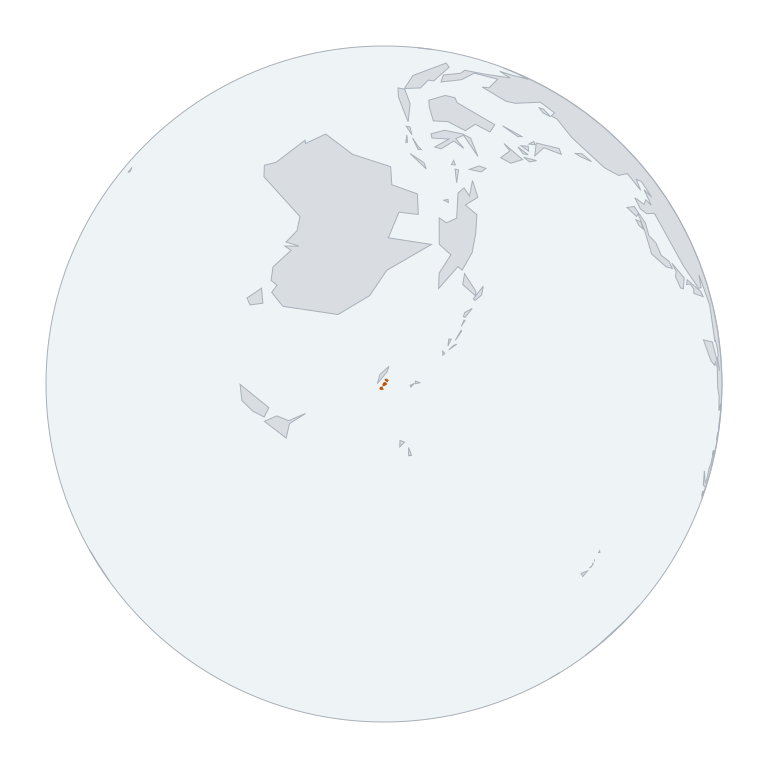 globe centered on Îles Loyauté, rotated 89°
{"feature_id": "NCL-1258", "entity_name": "Îles Loyauté", "entity_type": "Province", "adm_level": 1, "iso_a3": "NCL", "parent_name": "New Caledonia", "parent_adm1": "", "projection": "orthographic", "projection_center": [167.211, -21.021], "detail": "medium", "context": "on_globe", "style": "filled", "palette": "amber", "viewbox_px": 768, "rotation_deg": 89, "n_neighbors": 0, "source": "natural_earth", "source_scale": "10m", "svg_char_len": 6797}
<svg xmlns="http://www.w3.org/2000/svg" viewBox="0 0 768 768"><g transform="rotate(89 384 384)"><circle cx="384" cy="384" r="338" fill="#eef3f6" stroke="#a8b0b8"/><path d="M455.9,357.7L456.2,360.3L455.7,360.6L455.9,357.7ZM680.9,222.7L676.3,214.5L675.7,213.4L680.9,222.7ZM658.9,187.5L658.2,186.5L648.8,174.3L623.6,145.9L610.0,132.8L627.6,149.8L644.0,168.1L658.9,187.5ZM504.3,68.2L501.6,67.2L497.8,66.3L493.0,64.2L490.7,66.5L476.4,65.2L488.1,64.6L485.9,63.1L474.0,60.4L469.2,58.5L460.7,56.5L456.0,54.7L463.2,55.6L460.3,54.8L452.0,53.2L442.1,51.2L452.7,53.1L478.8,59.6L504.3,68.2ZM553.9,676.1L566.9,668.1L576.0,662.0L553.9,676.1ZM576.8,190.3L574.5,183.8L580.0,188.6L576.8,190.3ZM570.2,179.6L571.6,181.8L569.9,179.8L570.2,179.6ZM567.1,177.9L569.3,179.1L566.9,178.3L567.1,177.9ZM563.0,176.5L565.2,177.0L563.0,176.5ZM556.3,172.4L554.5,171.3L556.3,171.1L556.3,172.4ZM496.2,66.8L502.0,68.4L498.0,67.6L496.2,66.8ZM460.3,56.6L460.2,56.9L455.8,55.8L460.3,56.6ZM444.6,52.4L437.6,51.0L446.0,52.5L444.6,52.4ZM414.6,47.5L426.9,48.9L437.5,50.4L432.6,49.8L434.4,50.4L417.3,48.0L415.6,48.2L411.4,47.2L414.6,47.5ZM544.6,681.3L564.0,669.9L552.7,676.8L552.8,676.7L544.6,681.3ZM383.3,46.1L389.1,46.1L391.1,46.2L411.4,47.2L415.6,48.2L409.7,47.9L416.7,49.6L402.1,49.2L393.2,50.4L373.1,50.5L367.9,52.3L371.3,52.9L366.7,56.6L345.5,63.8L347.7,55.0L376.6,48.3L363.5,50.2L362.0,49.3L354.6,50.0L345.7,52.0L347.5,52.4L310.5,57.0L280.4,67.2L293.3,65.2L293.8,67.8L270.9,82.7L218.1,110.6L218.3,118.4L213.3,124.7L202.1,130.0L209.0,120.8L204.4,119.0L210.0,113.6L194.3,120.6L201.7,113.2L185.9,123.2L183.7,128.2L194.8,124.0L177.9,137.0L179.6,145.7L171.5,160.0L140.8,192.0L121.9,206.5L119.0,212.1L115.8,208.8L105.0,222.7L105.6,248.1L103.3,257.3L88.8,280.7L89.7,273.9L81.2,265.0L74.8,288.5L81.1,301.2L83.0,321.8L76.1,319.2L74.6,301.7L71.7,297.9L76.0,277.8L80.1,252.6L73.4,262.8L77.2,251.5L81.9,234.5L74.1,249.3L70.0,259.2L79.5,237.6L90.5,216.6L102.9,196.5L116.7,177.3L131.8,159.1L148.2,142.0L165.7,126.1L184.3,111.4L203.8,98.1L224.3,86.2L245.5,75.8L267.4,66.8L289.9,59.4L312.8,53.7L336.1,49.5L359.7,47.0L383.3,46.1ZM163.0,632.2L167.1,634.1L168.2,636.4L163.0,632.2ZM135.4,356.8L142.8,356.3L142.8,358.0L135.4,356.8ZM127.5,353.5L135.4,351.7L126.6,357.3L127.5,353.5ZM138.6,351.1L146.8,345.9L150.3,342.5L150.0,345.9L138.6,351.1ZM122.3,355.3L97.2,364.6L88.2,364.8L89.6,358.2L104.2,353.0L122.3,355.3ZM88.9,358.4L76.1,349.8L64.2,316.4L68.3,313.3L81.9,329.1L80.9,334.4L88.6,342.4L88.9,358.4ZM122.8,315.4L121.8,330.1L107.2,334.0L101.0,334.2L96.6,317.9L99.0,308.0L103.9,306.1L126.7,268.7L133.9,273.6L125.9,288.2L132.1,298.3L122.8,315.4ZM50.6,328.7L49.2,339.1L48.4,344.6L49.7,334.5L50.6,328.7ZM139.0,245.8L127.8,261.1L139.0,241.8L139.0,245.8ZM147.4,228.9L146.6,234.9L144.1,230.0L147.4,228.9ZM115.9,220.2L110.6,223.9L111.9,219.8L119.6,212.8L115.9,220.2ZM165.3,172.7L159.8,184.2L156.8,188.6L157.1,182.3L165.3,172.7ZM405.7,499.5L414.9,504.4L408.9,515.6L398.0,526.4L381.8,527.9L405.7,499.5ZM295.6,519.4L286.1,504.8L301.1,503.7L302.6,516.6L295.6,519.4ZM414.0,491.8L419.0,480.0L412.1,463.0L422.0,479.2L436.4,482.8L419.2,504.2L414.0,491.8ZM215.1,465.1L174.7,500.4L163.2,499.8L160.5,488.1L138.9,458.7L142.1,458.3L133.1,437.9L153.8,411.5L166.8,373.6L184.9,372.7L194.5,347.3L215.1,346.8L212.4,366.0L237.9,377.1L245.3,334.2L270.4,379.3L295.4,396.8L313.7,428.7L304.6,483.7L290.4,494.7L283.3,489.2L278.6,495.1L264.9,492.9L248.8,474.6L244.4,480.7L244.7,466.7L240.3,479.4L229.2,468.3L215.1,465.1ZM366.4,378.8L371.9,380.8L383.5,390.7L374.5,387.9L366.4,378.8ZM442.5,364.5L447.1,369.3L440.7,369.0L442.5,364.5ZM455.7,360.6L447.9,360.5L455.9,357.7L455.7,360.6ZM384.0,353.8L387.6,357.2L385.7,357.9L384.0,353.8ZM381.6,352.5L383.4,348.2L384.3,352.9L381.6,352.5ZM352.1,324.7L354.5,322.7L356.2,324.6L352.1,324.7ZM154.0,353.9L163.5,340.1L169.7,338.0L154.0,353.9ZM347.1,319.4L340.1,318.4L340.4,316.0L347.1,319.4ZM346.7,313.9L345.4,310.5L351.0,318.7L346.7,313.9ZM332.4,305.4L341.6,311.9L331.6,306.0L332.4,305.4ZM327.7,305.8L321.6,302.9L321.9,301.9L327.7,305.8ZM267.9,308.0L289.5,327.7L274.1,326.9L256.0,314.9L245.3,326.3L218.9,325.9L223.9,318.6L219.4,308.4L194.4,306.7L189.3,300.6L197.6,295.2L182.1,292.0L198.9,286.9L206.5,299.6L216.3,288.2L234.9,289.7L254.3,293.6L271.5,303.9L267.9,308.0ZM200.5,316.8L203.6,316.5L201.3,320.9L200.5,316.8ZM310.0,294.5L318.8,301.8L318.1,303.4L313.9,302.1L310.0,294.5ZM275.1,301.5L293.0,290.5L297.5,290.9L286.0,303.5L275.1,301.5ZM287.9,283.0L296.8,284.9L302.1,291.5L300.3,293.2L287.9,283.0ZM166.2,308.8L165.8,312.7L161.7,310.5L166.2,308.8ZM171.3,305.7L184.0,307.9L170.3,309.1L171.3,305.7ZM136.7,300.1L139.9,308.0L149.8,300.0L142.3,309.9L149.9,322.9L147.9,329.1L140.2,314.7L138.9,331.8L134.6,332.6L131.4,319.1L135.3,301.1L139.7,293.1L158.1,286.1L136.7,300.1ZM170.9,294.9L167.7,285.3L170.2,278.3L173.6,283.0L170.9,294.9ZM159.8,263.4L153.1,254.0L145.7,259.9L162.0,241.5L165.5,253.3L159.8,263.4ZM156.3,240.8L149.2,246.0L157.4,235.8L156.3,240.8ZM148.2,242.9L148.8,235.6L153.7,235.4L148.2,242.9ZM159.7,240.4L163.3,227.6L164.5,234.4L159.7,240.4ZM150.5,220.0L158.5,229.2L145.7,227.6L151.6,204.8L157.5,202.7L150.5,220.0ZM224.2,129.2L226.3,124.4L233.4,122.4L230.0,126.2L224.2,129.2ZM258.7,114.1L236.1,120.4L218.2,127.0L220.9,128.6L211.7,137.9L210.9,130.8L227.7,119.8L240.2,116.6L247.6,109.7L260.2,104.6L266.1,97.1L273.5,93.6L271.9,99.8L258.7,114.1ZM268.2,94.1L283.1,82.0L294.0,83.0L293.1,85.8L281.7,90.7L276.7,89.8L268.2,94.1ZM289.9,79.7L285.1,79.0L297.0,65.7L302.2,63.4L298.9,72.6L294.3,72.7L289.4,76.2L289.9,79.7Z" fill="#d9dde1" stroke="#a8b0b8" stroke-width="1"/><path d="M385.2,384.0L385.4,384.2L385.4,384.3L385.2,384.3L385.2,384.7L385.1,384.8L384.9,384.9L384.7,384.8L384.6,384.7L384.4,384.6L384.3,384.4L383.8,384.4L383.6,384.3L383.5,384.2L383.4,384.0L383.3,383.9L383.2,383.9L383.2,383.7L383.0,383.4L383.3,383.4L383.5,383.3L383.8,382.9L383.9,382.6L383.5,382.5L383.1,382.5L383.1,382.3L383.2,382.2L383.3,382.1L383.5,382.1L383.8,382.1L384.0,381.9L384.4,382.2L384.5,382.2L384.5,382.3L384.4,382.5L384.4,382.8L384.5,383.0L384.4,383.2L384.4,383.3L384.6,383.4L384.7,383.5L384.8,383.5L385.0,383.5L385.0,383.8L385.0,384.0L385.2,384.0ZM389.1,386.4L389.1,386.6L389.1,386.8L389.1,387.0L389.0,387.4L389.0,387.6L388.9,387.6L388.7,387.7L388.5,387.8L388.3,387.7L388.1,387.7L388.0,387.4L387.8,387.4L387.7,387.4L387.7,387.2L387.5,386.8L387.5,386.5L387.4,386.4L387.3,386.1L387.5,386.1L387.8,386.2L388.3,385.9L388.2,386.1L388.2,386.3L388.4,386.6L388.5,386.6L388.9,386.5L389.1,386.4ZM380.8,380.5L381.0,380.6L380.8,380.7L380.7,380.8L380.5,381.2L380.5,381.5L380.8,381.5L380.6,381.9L380.5,382.0L380.3,382.1L380.2,382.2L380.3,381.9L380.4,381.7L380.4,381.2L380.6,380.9L380.6,380.7L380.5,380.4L380.4,380.4L380.5,380.3L380.6,380.2L380.7,380.3L380.8,380.5ZM379.6,382.2L379.8,382.2L379.8,382.3L379.6,382.4L379.6,382.2Z" fill="#f59e0b" stroke="#b45309" stroke-width="1.5"/></g></svg>